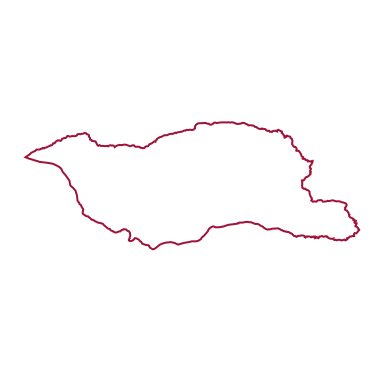 the district of Gisagara, Southern, Rwanda, rotated 255°
{"feature_id": "39286606B87181547360532", "entity_name": "Gisagara", "entity_type": "district", "adm_level": 2, "iso_a3": "RWA", "parent_name": "Rwanda", "parent_adm1": "Southern", "projection": "robinson", "projection_center": [29.795, -2.608], "detail": "fine", "context": "isolated", "style": "outline", "palette": "rose", "viewbox_px": 384, "rotation_deg": 255, "n_neighbors": 0, "source": "geoboundaries", "source_scale": "gbopen_adm2", "svg_char_len": 6076}
<svg xmlns="http://www.w3.org/2000/svg" viewBox="0 0 384 384"><g transform="rotate(255 192 192)"><path d="M199.3,80.9L196.0,83.6L195.3,85.4L194.8,85.5L192.3,87.4L191.4,87.7L190.5,89.4L188.6,91.0L188.1,91.9L186.5,93.6L186.1,94.9L184.3,97.7L183.0,98.2L178.3,101.5L177.5,103.1L176.0,103.5L174.7,105.4L174.2,105.5L173.8,106.3L172.9,107.0L172.5,108.5L172.8,111.8L172.5,112.4L173.5,114.3L173.4,115.7L173.8,116.6L172.7,118.8L171.3,119.5L170.5,120.8L168.7,121.5L165.6,121.1L164.9,120.3L163.4,119.8L162.5,118.7L161.5,118.5L160.8,119.2L160.4,121.1L160.7,122.8L162.2,124.9L161.4,126.6L159.4,128.5L157.7,129.2L157.0,130.1L155.0,130.5L153.1,133.2L151.9,136.0L151.1,136.7L150.8,136.5L148.9,137.2L146.8,139.3L146.9,141.6L149.4,147.2L149.8,149.6L149.9,153.4L149.0,158.8L147.4,161.8L144.8,165.0L144.9,171.5L144.4,176.2L144.4,178.9L143.3,183.1L143.3,185.5L144.1,188.3L145.5,189.7L146.7,192.3L149.9,197.1L151.3,198.1L152.6,199.9L153.3,202.8L153.1,204.1L151.6,205.9L151.5,207.1L151.1,208.1L151.1,209.1L150.7,210.1L150.8,212.3L150.5,213.1L150.9,218.6L149.7,227.2L150.0,228.1L149.7,228.7L150.1,228.9L150.1,230.4L149.4,232.5L149.1,236.6L148.5,238.6L147.8,239.8L147.5,241.3L144.8,244.7L144.7,245.8L143.5,248.1L141.6,249.6L140.2,251.5L139.2,251.9L137.1,253.8L136.1,255.3L136.1,256.6L135.7,257.4L135.8,259.8L134.6,265.8L134.1,266.2L133.8,266.9L131.8,268.7L131.8,269.2L130.4,270.4L130.2,271.3L129.7,271.7L129.4,272.8L128.9,273.3L128.2,275.2L126.6,276.5L126.1,277.5L123.3,279.0L122.7,280.4L121.7,281.1L121.6,281.5L122.1,282.3L121.6,287.2L120.9,288.6L119.9,289.6L119.3,289.2L118.6,289.8L119.3,291.2L119.0,291.9L119.2,292.4L118.4,294.3L117.5,295.2L117.7,295.5L117.5,295.9L117.7,296.2L117.4,296.4L117.6,298.0L117.4,298.4L117.1,298.4L117.1,298.9L116.3,298.5L115.5,298.8L116.0,300.2L115.8,300.3L115.8,300.7L116.1,300.9L115.7,301.4L115.1,301.4L114.6,302.2L116.0,303.6L115.7,304.5L115.9,306.1L114.8,307.2L114.6,310.0L114.3,310.0L113.9,311.1L113.4,311.1L113.3,311.4L112.4,311.8L111.3,313.1L110.7,314.6L110.5,316.5L110.1,316.2L109.5,316.4L108.8,317.1L108.8,318.2L108.0,318.9L107.9,321.4L107.6,322.4L106.6,323.5L106.5,326.9L105.6,327.5L105.6,328.2L106.1,329.6L106.7,329.3L107.2,329.7L107.2,331.5L108.1,332.8L107.8,334.3L108.0,335.8L107.4,337.2L109.5,337.6L110.2,338.5L109.5,340.0L112.1,343.7L112.5,343.8L113.2,343.0L114.4,343.0L116.1,341.8L116.5,341.0L117.2,341.2L118.3,342.5L119.1,342.9L119.8,341.3L120.9,341.0L121.2,341.2L121.1,342.4L121.8,342.9L123.3,340.6L124.0,341.1L124.3,341.0L126.5,338.3L127.5,337.7L128.3,337.5L129.2,338.2L129.8,337.8L131.4,337.8L133.7,336.9L135.5,335.1L136.7,335.9L137.4,335.9L137.8,336.7L139.2,338.0L141.0,337.7L142.9,335.1L143.4,333.8L144.5,332.6L145.1,331.3L145.6,329.0L147.6,325.7L147.8,321.7L148.4,320.7L148.1,319.4L148.8,315.9L150.5,315.1L151.0,313.8L151.3,311.5L150.5,309.5L151.4,307.4L151.2,306.4L152.9,305.0L154.1,306.1L154.7,305.8L155.4,306.0L156.8,305.4L159.9,305.1L161.8,305.6L163.3,304.9L163.8,304.3L164.4,303.1L165.8,302.4L166.0,301.1L167.4,299.8L169.7,299.9L171.0,300.6L173.0,300.9L173.3,301.2L174.7,301.2L174.4,302.3L174.6,303.3L175.5,304.1L176.1,305.3L176.7,305.7L177.0,308.1L178.0,310.1L178.7,310.5L178.9,311.3L179.9,311.1L180.7,312.0L181.7,311.4L183.6,312.9L184.0,312.9L184.5,312.3L186.0,312.2L187.3,313.6L187.7,314.5L190.5,316.6L190.9,316.6L191.0,315.8L190.7,314.2L191.9,312.5L191.5,311.9L191.6,311.7L192.8,311.7L193.6,309.9L194.4,309.8L194.9,309.2L195.2,307.9L195.5,307.6L196.0,308.4L196.8,308.4L198.1,307.1L200.2,307.1L203.2,306.2L204.2,305.6L204.8,303.5L205.1,303.4L205.7,304.0L207.6,304.2L208.7,303.6L209.2,302.3L210.8,301.5L212.6,301.1L215.4,302.3L217.8,302.1L218.4,301.2L219.8,301.2L220.4,300.7L221.0,299.1L221.9,298.3L221.8,297.5L221.0,297.5L220.8,297.0L220.4,295.8L220.6,295.4L222.4,295.6L225.0,294.6L225.9,293.9L226.5,294.5L227.2,294.5L228.1,293.2L229.7,291.5L229.5,290.3L228.4,289.9L229.6,288.3L230.0,286.1L229.2,284.7L229.8,284.2L230.0,282.9L231.3,282.3L231.4,280.8L232.6,279.5L233.4,279.4L234.1,278.3L234.8,276.7L234.7,276.2L235.1,276.1L235.3,275.6L235.1,274.9L235.5,273.4L236.8,271.8L237.7,271.4L238.8,269.5L239.7,269.2L240.2,268.6L241.2,266.2L241.8,263.6L242.6,263.3L245.5,259.7L245.7,257.8L245.4,257.0L246.0,253.2L248.5,249.8L249.1,248.2L249.2,246.8L250.0,245.2L250.1,243.5L250.5,242.7L251.8,237.8L252.2,233.7L252.9,232.8L253.2,231.0L252.2,229.4L252.1,227.5L252.5,226.8L253.7,225.8L254.1,224.2L254.7,223.7L255.3,222.5L256.7,215.7L255.9,213.2L254.5,211.8L252.8,211.5L251.8,209.6L251.9,207.9L252.8,206.0L252.7,204.7L253.5,202.8L253.0,201.6L253.4,200.4L252.9,198.3L253.3,194.4L253.3,192.7L253.0,192.0L253.6,191.3L253.1,188.2L253.5,187.5L253.8,185.4L253.3,182.4L253.5,181.5L253.9,180.8L253.8,179.0L253.2,176.8L253.3,175.0L252.4,172.1L251.8,171.7L251.3,170.6L250.0,169.7L250.7,168.8L249.4,165.7L249.1,163.2L247.6,161.5L247.9,159.4L247.7,158.5L246.9,157.6L247.1,155.5L247.9,154.6L248.0,153.7L249.2,152.9L249.5,152.3L250.3,149.2L251.5,148.1L251.9,148.1L252.5,147.2L252.2,144.1L254.4,141.0L255.3,139.1L255.5,136.1L256.3,134.0L256.3,132.7L256.1,130.9L255.4,128.9L256.3,128.8L256.7,128.5L257.6,127.4L257.6,126.5L258.3,125.3L258.3,124.1L257.8,122.9L258.3,122.2L259.0,119.1L259.6,118.0L260.0,116.1L261.2,114.8L260.8,113.6L262.0,112.7L265.8,111.9L267.4,108.4L268.1,108.4L269.1,107.1L270.0,107.5L270.9,107.4L272.1,106.7L273.2,107.1L274.1,106.9L275.0,105.4L276.2,104.9L276.8,103.3L276.5,102.5L276.8,99.9L276.7,99.2L277.3,97.8L277.3,96.5L277.2,96.0L276.5,95.6L276.1,93.7L277.1,90.6L277.0,89.3L277.4,87.9L278.4,86.5L278.3,86.0L277.6,85.3L276.9,83.7L277.2,82.5L277.0,80.3L276.0,79.5L275.4,78.4L275.4,78.1L276.3,76.9L276.6,75.6L275.8,73.2L274.6,71.9L275.0,70.5L273.8,69.5L273.4,68.3L273.7,67.5L273.3,66.7L273.1,64.3L272.7,62.9L272.8,61.3L272.4,60.2L273.2,59.4L272.7,58.2L272.8,57.1L272.5,56.3L272.7,54.5L273.2,52.7L272.3,51.2L271.5,46.9L270.3,44.8L268.7,40.2L266.5,43.1L260.4,52.9L257.2,60.9L255.1,65.2L251.5,69.3L250.0,70.7L248.3,71.7L245.0,72.3L241.0,74.2L234.8,76.5L230.2,76.2L229.3,76.4L226.8,78.2L223.5,79.8L218.5,80.0L213.1,79.2L210.7,80.2L209.5,80.2L208.1,81.4L206.4,81.5L203.4,82.5L200.1,80.9L199.3,80.9Z" fill="none" stroke="#9f1239" stroke-width="2"/></g></svg>